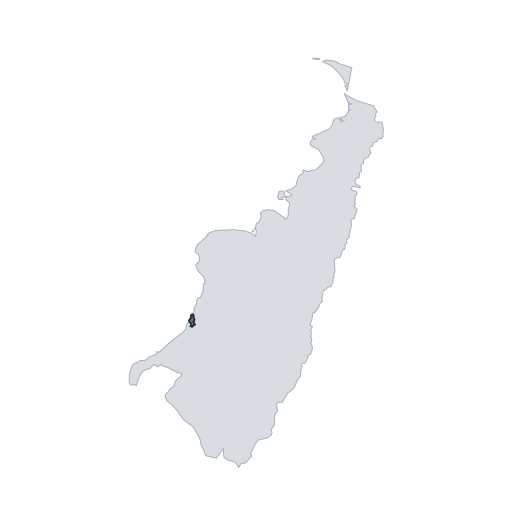 location of Concordia, Entre Ríos, Argentina, rotated 195°
{"feature_id": "61730980B23463184159568", "entity_name": "Concordia", "entity_type": "district", "adm_level": 2, "iso_a3": "ARG", "parent_name": "Argentina", "parent_adm1": "Entre Ríos", "projection": "equal_earth", "projection_center": [-58.296, -31.285], "detail": "fine", "context": "in_parent", "style": "filled", "palette": "slate", "viewbox_px": 512, "rotation_deg": 195, "n_neighbors": 0, "source": "geoboundaries", "source_scale": "gbopen_adm2", "svg_char_len": 5990}
<svg xmlns="http://www.w3.org/2000/svg" viewBox="0 0 512 512"><g transform="rotate(195 256 256)"><path d="M307.4,162.3L304.7,167.7L305.3,171.3L302.9,179.8L303.5,181.5L301.5,185.5L302.2,189.8L301.2,194.0L301.7,199.2L300.9,200.8L299.2,201.2L298.0,208.5L299.5,215.5L298.2,216.8L300.6,221.9L307.8,226.3L311.5,230.7L311.6,232.6L309.7,235.4L309.5,237.7L310.5,240.9L312.4,242.8L315.8,244.0L316.3,248.5L315.7,251.4L309.2,261.4L307.7,265.8L301.6,270.2L285.7,275.3L273.4,277.3L266.3,276.9L261.6,274.9L262.1,280.5L264.4,282.1L263.2,282.2L264.2,283.2L263.8,287.8L262.3,288.7L261.3,292.5L261.4,295.7L262.9,298.4L261.5,301.1L256.2,303.9L250.0,304.5L238.1,300.2L238.6,299.5L238.0,299.2L236.1,300.1L235.4,303.8L236.9,309.5L236.7,314.5L237.4,316.1L241.7,318.0L241.5,320.0L242.9,320.2L245.9,319.7L246.2,318.2L244.6,317.6L248.6,316.3L250.3,318.4L250.5,323.4L249.8,324.8L246.7,325.7L245.8,325.5L243.8,321.9L242.3,321.2L237.8,323.1L237.3,324.2L244.0,326.8L239.2,329.5L235.6,334.1L235.8,342.7L235.0,345.1L232.4,347.3L232.0,348.9L232.9,349.9L232.6,351.4L227.5,350.9L224.0,353.5L220.8,354.4L215.2,363.9L216.3,368.5L223.3,375.1L231.8,376.9L232.9,379.1L232.7,381.7L231.7,383.2L228.7,384.7L231.4,384.7L232.6,386.0L218.3,397.7L216.5,401.0L216.0,408.0L214.9,409.4L212.0,410.8L209.8,409.4L208.1,406.8L208.3,408.9L205.5,409.6L208.9,409.7L210.6,411.4L206.1,413.9L205.0,416.2L204.6,419.3L202.9,421.2L204.3,420.8L206.0,426.9L202.5,427.3L206.9,428.4L212.4,435.3L212.0,435.9L211.8,435.1L198.5,432.0L180.9,431.5L180.9,430.6L176.6,426.9L177.3,424.2L176.4,421.9L177.1,419.8L176.3,417.3L174.7,416.5L169.2,417.9L165.4,411.0L165.3,407.3L164.2,404.9L164.9,401.8L167.8,401.7L168.4,398.4L171.9,395.8L171.7,392.7L173.9,390.9L174.3,389.4L171.9,385.3L173.1,380.8L176.8,377.4L176.1,373.1L178.2,371.0L176.1,365.2L178.1,362.7L176.9,361.3L176.8,358.3L178.9,357.5L180.1,354.1L177.6,351.1L173.4,350.2L173.1,348.6L180.5,348.5L181.3,346.1L180.7,344.6L175.0,343.9L174.8,340.6L175.9,338.5L174.7,336.3L175.0,334.3L173.3,331.4L174.6,330.0L170.7,327.0L170.4,322.0L171.2,320.7L170.4,318.0L173.6,315.5L171.8,310.6L171.5,301.2L170.8,298.6L172.7,294.8L171.4,292.2L172.8,290.3L172.0,285.4L173.7,285.0L174.5,276.6L178.6,274.1L179.4,272.4L175.8,261.7L175.9,257.6L175.2,255.7L175.9,253.4L174.9,249.9L176.0,245.8L178.9,244.1L179.1,242.7L182.1,239.8L181.6,232.8L180.1,229.2L181.6,227.9L182.4,222.5L184.4,216.9L186.4,215.9L185.6,209.4L186.1,203.5L183.4,202.4L183.9,198.2L182.9,197.2L182.2,192.8L180.3,188.9L180.1,187.1L181.0,186.0L179.0,184.4L177.5,180.8L177.6,177.4L177.9,175.2L179.9,173.5L179.5,171.9L181.0,165.0L183.1,164.6L184.1,162.2L182.9,160.9L183.1,156.7L181.9,150.7L183.8,147.7L185.1,138.4L189.8,131.8L192.8,121.3L195.4,121.1L198.1,118.8L195.1,111.9L196.8,107.6L194.6,98.4L195.1,95.0L196.7,93.0L194.7,89.5L195.2,86.6L197.8,83.3L206.9,78.4L210.2,64.1L208.2,61.6L213.0,53.1L216.6,51.7L218.0,47.4L222.7,51.5L230.8,51.7L234.9,53.3L237.9,61.7L242.0,50.5L253.2,50.1L255.5,54.2L259.8,58.7L262.8,64.9L272.2,74.5L284.0,79.2L291.3,85.7L299.7,91.2L303.9,92.4L307.1,96.2L307.9,99.1L306.0,101.3L304.6,105.6L302.3,107.9L301.4,110.7L301.5,114.1L297.2,121.0L297.3,123.4L301.7,122.9L312.5,125.6L317.7,125.5L319.4,126.7L322.2,123.5L326.8,124.8L329.7,119.3L332.7,118.2L335.9,114.4L337.5,109.7L338.2,99.7L340.0,100.3L343.0,98.9L345.7,100.9L347.8,109.4L347.2,117.6L345.9,120.8L342.7,122.6L340.9,124.9L335.8,126.7L332.9,131.0L326.6,135.5L326.9,138.0L324.9,137.8L314.2,154.3L307.4,162.3ZM212.2,462.7L210.6,439.1L214.3,443.8L212.7,443.5L212.3,445.7L215.2,446.2L216.7,449.0L223.2,454.2L232.6,459.3L241.7,460.9L239.3,463.4L230.5,464.6L225.2,463.3L212.2,462.7ZM245.4,462.5L248.0,461.5L253.3,461.4L246.4,463.3L245.4,462.5ZM265.8,279.1L265.7,280.3L264.0,278.5L265.8,279.1Z" fill="#d9dde1" stroke="#a8b0b8" stroke-width="1"/><path d="M304.2,176.4L304.0,176.2L303.9,176.1L303.8,175.9L303.7,175.9L303.7,175.7L303.5,175.4L303.4,175.2L303.2,174.9L302.9,174.8L302.7,174.7L302.4,174.4L302.2,174.3L301.9,174.3L301.8,174.2L301.7,174.1L301.5,173.9L301.4,174.0L301.3,173.9L301.2,173.8L300.9,173.8L300.8,173.7L300.7,173.7L300.9,173.6L301.0,173.5L301.0,173.4L301.0,173.2L300.9,173.1L301.0,172.9L300.9,172.7L301.0,172.7L300.9,172.3L300.9,172.2L300.7,172.2L300.7,171.9L300.6,171.6L300.9,171.3L300.7,171.3L300.6,171.2L300.4,171.2L300.2,171.1L299.9,171.1L299.7,171.0L299.6,170.9L299.5,171.0L299.5,170.9L299.4,170.9L299.4,171.0L299.2,171.0L299.1,171.3L299.0,171.5L298.9,171.7L299.0,171.8L298.9,171.9L298.8,172.0L298.8,171.9L298.8,172.0L298.7,172.1L298.8,172.1L298.7,172.2L298.8,172.2L298.7,172.2L298.7,172.3L298.8,172.3L298.7,172.3L298.8,172.3L298.7,172.3L298.7,172.5L298.7,172.4L298.7,172.5L298.5,172.8L298.4,172.8L298.3,173.0L298.5,173.2L298.5,173.3L298.5,173.5L298.4,173.5L298.2,173.6L298.0,173.8L298.0,173.7L298.0,173.8L297.9,173.8L297.8,173.7L297.7,173.7L297.7,173.8L297.7,173.7L297.6,173.8L297.4,173.9L297.5,174.0L297.4,174.0L297.5,174.1L297.4,174.1L297.6,174.1L297.7,174.3L297.6,174.5L297.8,174.6L297.8,174.8L297.9,175.0L298.0,175.0L297.9,175.0L298.0,175.0L298.3,175.2L298.4,175.3L298.5,175.3L298.4,175.3L298.5,175.3L298.8,175.5L299.0,175.6L299.1,175.8L299.3,175.9L299.5,176.0L299.4,176.3L298.9,176.5L298.7,176.8L298.8,176.9L298.9,177.1L299.0,177.2L299.2,177.6L299.3,177.9L299.2,178.1L298.9,178.2L298.8,178.4L298.9,178.6L298.9,179.0L299.8,179.6L300.0,179.7L300.1,179.9L299.9,180.0L300.0,180.2L300.1,180.5L300.4,180.4L300.5,180.4L300.4,181.2L300.5,181.2L300.5,181.3L300.5,181.2L300.8,181.2L300.7,182.0L300.6,182.3L300.6,182.5L300.8,182.6L300.9,182.8L300.9,182.7L301.0,182.8L301.1,183.0L301.3,183.0L301.5,183.1L301.8,183.1L302.0,183.0L302.0,182.9L302.3,182.9L302.5,182.9L302.5,183.0L302.6,182.9L302.7,183.0L302.8,183.0L302.9,182.9L303.0,182.9L303.1,182.7L303.3,182.4L303.3,182.0L303.4,181.9L303.5,181.5L303.6,181.1L303.5,180.7L303.4,180.5L303.4,180.3L303.1,180.0L302.8,179.9L302.6,179.7L302.6,179.3L302.6,179.2L302.8,179.0L303.1,178.8L303.2,178.7L303.6,178.4L303.5,178.2L303.4,178.1L303.6,177.7L303.8,177.2L304.0,176.9L304.2,176.4Z" fill="#64748b" stroke="#1e293b" stroke-width="1.5"/></g></svg>